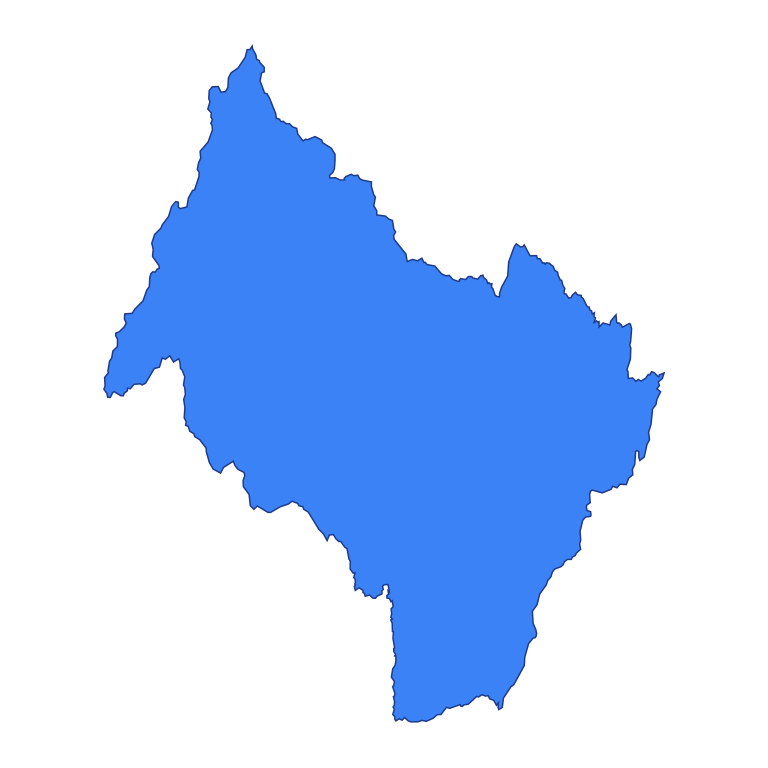 outline of Chaparral, Tolima, Colombia
{"feature_id": "7082276B10096367300511", "entity_name": "Chaparral", "entity_type": "district", "adm_level": 2, "iso_a3": "COL", "parent_name": "Colombia", "parent_adm1": "Tolima", "projection": "equal_earth", "projection_center": [-75.57, 3.753], "detail": "fine", "context": "isolated", "style": "filled", "palette": "blue", "viewbox_px": 768, "rotation_deg": 0, "n_neighbors": 0, "source": "geoboundaries", "source_scale": "gbopen_adm2", "svg_char_len": 6106}
<svg xmlns="http://www.w3.org/2000/svg" viewBox="0 0 768 768"><path d="M395.9,720.9L399.1,718.8L402.1,720.2L404.6,717.5L408.2,720.9L411.0,721.9L418.2,721.8L421.9,720.4L426.4,721.3L433.2,718.2L437.4,714.6L440.9,714.6L446.4,707.4L449.7,708.3L460.1,704.6L460.6,706.0L462.2,706.4L464.1,704.8L468.3,704.2L476.7,696.4L478.6,697.0L481.8,694.8L485.8,696.1L488.1,695.6L489.7,698.8L493.7,700.3L496.5,705.3L498.4,702.9L498.1,707.6L498.8,709.6L502.3,707.4L503.4,698.2L510.9,686.8L513.9,684.5L524.3,665.5L524.8,657.0L528.6,643.5L533.1,638.1L535.1,637.7L536.2,636.1L536.6,633.3L535.7,629.3L533.1,623.4L532.4,611.2L537.0,604.8L539.7,594.0L546.3,584.9L547.6,580.7L551.0,576.7L552.4,571.9L554.9,568.9L561.0,566.7L563.1,564.7L564.4,561.6L567.5,559.4L571.3,559.4L572.4,557.0L575.2,555.6L576.4,553.0L580.6,549.3L579.6,544.0L580.7,540.2L580.1,531.2L582.7,520.4L585.4,517.1L590.5,516.4L591.0,515.1L590.6,511.7L587.1,510.5L586.3,507.4L586.8,505.0L590.2,502.7L589.6,494.3L590.7,490.9L592.4,490.1L602.3,492.9L611.1,489.3L612.6,486.3L617.0,487.8L619.9,484.2L626.3,484.6L628.7,478.1L632.8,474.8L632.4,469.5L634.8,464.1L635.6,451.4L637.3,450.6L638.8,451.8L638.8,457.2L639.8,460.5L644.2,457.1L647.0,444.4L649.5,439.8L648.6,432.4L651.0,424.3L652.6,408.9L656.0,404.5L656.9,399.3L660.6,391.8L657.0,388.8L659.4,385.6L658.3,381.9L662.3,378.6L664.1,372.9L659.2,375.0L659.1,376.6L658.2,376.7L654.3,372.7L651.6,371.7L649.7,374.9L648.2,374.5L645.6,378.3L641.1,381.1L638.2,379.4L635.9,381.4L632.6,378.0L628.3,378.4L628.0,371.8L627.0,369.4L630.4,359.2L630.8,348.1L629.7,345.0L630.6,341.8L631.6,328.9L630.4,324.1L629.3,323.5L622.4,327.2L621.2,324.7L618.9,322.9L617.5,323.2L616.6,321.8L616.0,314.8L610.7,321.1L610.0,324.9L603.0,323.0L599.1,327.0L599.0,321.6L597.3,322.0L596.6,320.9L594.1,322.4L595.5,318.0L594.0,316.7L594.4,312.7L592.3,314.0L591.5,310.7L589.8,310.0L589.2,307.1L587.4,306.8L586.4,305.2L583.3,298.7L581.1,296.8L581.3,295.4L577.5,294.9L575.6,292.3L572.4,295.0L571.0,297.7L568.6,298.0L566.0,294.0L564.4,293.8L563.9,292.5L564.8,288.5L562.8,285.1L561.6,280.3L560.3,280.0L558.1,275.3L557.7,272.3L554.6,270.1L553.3,266.5L549.1,263.2L546.2,262.8L545.1,264.2L544.0,262.8L542.6,263.1L540.0,258.7L537.4,258.8L536.6,255.7L530.0,255.7L524.2,244.9L522.8,246.7L520.6,247.0L516.3,243.8L514.2,246.8L508.7,261.9L507.7,276.0L501.6,287.2L499.7,292.9L499.4,296.9L496.8,296.5L495.0,294.9L492.9,288.7L491.5,287.2L491.9,283.7L489.9,284.0L489.0,282.7L487.8,283.4L486.5,279.9L483.5,277.4L482.9,275.1L480.6,275.8L477.7,279.1L472.7,278.0L471.8,276.6L468.5,276.5L465.5,279.5L460.8,278.6L459.4,279.8L459.7,281.0L457.9,281.3L453.0,279.5L449.2,275.4L445.7,275.8L441.4,273.7L434.8,266.0L427.1,264.6L425.1,262.3L424.0,262.6L421.9,258.2L417.5,260.8L412.6,259.4L407.2,261.5L405.9,254.0L394.2,239.4L393.6,235.7L395.6,231.9L393.9,229.3L392.4,220.4L389.0,219.2L385.4,216.1L376.7,214.9L376.8,210.9L373.8,205.7L375.4,197.2L373.7,194.5L371.4,186.5L371.4,181.9L362.2,180.1L359.6,178.6L357.9,175.2L353.7,175.7L351.3,174.3L345.9,176.5L344.2,178.5L344.5,180.0L340.3,180.0L335.4,177.7L329.9,178.0L329.5,175.5L332.9,172.4L334.4,168.7L335.0,160.9L335.0,154.3L331.4,148.3L322.4,142.6L321.7,140.0L315.1,136.6L307.5,139.7L305.5,139.2L303.0,140.9L297.7,134.0L296.7,128.4L292.5,126.8L289.6,123.8L285.7,123.5L283.3,121.3L280.9,121.6L279.5,119.2L276.3,118.2L275.7,113.7L269.6,98.3L267.1,93.8L264.6,93.1L260.1,80.9L261.6,72.8L264.2,71.8L264.2,67.2L259.7,62.4L259.3,60.6L256.6,59.3L255.9,54.9L252.6,48.7L252.2,46.1L249.8,49.6L247.1,49.7L245.2,57.3L238.2,67.8L230.9,73.0L228.4,78.1L227.9,87.4L225.4,91.7L221.0,92.1L218.2,86.6L212.3,86.8L209.2,90.5L208.8,98.9L210.0,101.6L207.8,109.0L211.3,112.9L210.9,116.9L212.4,119.7L210.8,123.3L212.1,125.5L212.4,130.1L208.1,142.0L200.1,151.3L200.7,158.2L198.6,162.7L197.3,169.5L199.1,172.1L199.0,176.4L194.5,190.2L192.7,190.3L188.4,198.0L186.9,206.9L180.3,208.6L178.4,207.3L178.3,202.2L175.8,201.6L174.5,202.9L171.5,206.8L168.6,216.4L162.2,224.9L160.9,228.2L154.6,234.5L151.8,243.2L153.2,249.4L152.5,256.4L158.9,265.5L159.3,268.4L157.1,269.1L155.5,272.0L152.8,271.9L150.9,273.6L149.8,277.5L149.3,286.7L146.8,290.0L143.0,300.9L134.9,309.0L132.3,313.3L124.8,313.9L124.4,319.1L126.3,323.1L124.0,327.1L119.2,331.8L115.8,333.1L115.7,335.7L117.5,339.2L117.4,346.6L112.9,351.0L111.7,358.0L109.6,361.0L107.9,371.2L108.4,372.8L104.6,377.5L105.1,385.8L103.9,389.3L106.8,393.2L107.7,397.3L110.3,397.4L112.8,392.4L114.2,391.7L120.8,395.7L123.4,395.7L124.1,393.3L127.2,391.0L127.6,388.2L130.2,388.8L134.1,384.3L140.3,383.8L142.1,384.9L145.5,383.3L154.3,368.5L159.4,367.2L162.2,358.1L165.5,359.2L169.7,355.8L173.6,362.0L178.7,358.8L179.9,361.7L180.5,368.5L182.1,370.1L184.8,376.7L183.5,385.0L184.7,387.5L185.4,394.4L183.7,399.3L184.9,407.7L184.2,417.8L186.2,421.7L185.6,425.4L188.1,426.2L189.8,431.3L193.8,433.6L194.8,436.6L199.8,439.8L206.1,448.1L206.3,451.6L209.4,462.6L213.2,469.1L220.6,473.1L223.5,467.4L233.4,461.2L234.8,465.1L237.8,469.3L244.0,472.4L244.8,475.6L243.1,480.6L243.4,486.7L249.1,494.5L250.3,505.7L253.9,509.3L257.4,506.0L267.9,512.4L270.6,512.4L280.1,506.8L288.2,504.1L292.2,501.2L297.6,503.4L298.9,505.8L303.0,506.7L303.6,509.2L308.2,512.0L319.0,529.5L323.5,533.9L327.1,540.6L329.4,535.0L333.4,534.6L336.1,539.0L338.8,541.5L340.8,541.5L344.7,547.1L347.0,548.6L349.0,559.1L350.3,561.3L350.1,568.9L353.1,573.1L355.0,572.7L353.8,577.5L355.0,579.0L355.4,582.3L354.8,584.0L355.6,585.0L354.3,586.4L355.3,590.4L359.1,587.7L363.0,590.4L363.0,592.6L364.5,593.4L365.1,596.2L369.7,595.1L372.8,598.1L375.5,598.3L377.1,596.2L382.0,593.8L381.8,591.0L383.3,589.4L382.5,586.4L384.1,584.7L388.0,584.5L389.4,591.9L388.1,590.7L388.5,594.4L386.9,595.4L386.9,598.0L389.6,598.6L390.9,601.7L392.2,600.8L393.2,606.7L391.1,608.8L391.7,613.7L390.8,617.4L392.4,619.0L390.8,620.0L392.2,623.2L392.4,631.5L393.4,631.8L393.0,638.5L394.6,648.0L393.7,648.5L393.8,651.5L395.6,654.5L394.7,655.9L395.9,656.1L395.9,661.0L395.0,665.5L392.7,668.9L391.4,677.2L394.4,681.5L393.7,686.0L392.6,686.5L395.0,693.6L394.4,696.1L393.4,696.6L394.6,701.5L394.3,705.4L393.1,707.0L394.3,709.2L392.8,714.5L394.9,716.8L394.8,719.3L395.9,720.9Z" fill="#3b82f6" stroke="#1e3a8a" stroke-width="1.5"/></svg>